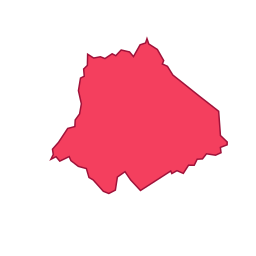 Knott, Kentucky, United States of America (Mercator projection), rotated 137°
{"feature_id": "52423323B14843567841968", "entity_name": "Knott", "entity_type": "district", "adm_level": 2, "iso_a3": "USA", "parent_name": "United States of America", "parent_adm1": "Kentucky", "projection": "mercator", "projection_center": [-82.938, 37.349], "detail": "fine", "context": "isolated", "style": "filled", "palette": "rose", "viewbox_px": 256, "rotation_deg": 137, "n_neighbors": 0, "source": "geoboundaries", "source_scale": "gbopen_adm2", "svg_char_len": 900}
<svg xmlns="http://www.w3.org/2000/svg" viewBox="0 0 256 256"><g transform="rotate(137 128 128)"><path d="M127.0,64.8L121.3,63.4L118.5,57.1L109.1,59.5L105.0,55.6L98.7,58.0L94.6,54.6L88.2,55.6L82.5,48.4L76.8,46.5L73.7,50.8L67.0,48.1L65.0,50.1L65.5,59.5L50.3,78.4L54.1,102.5L59.1,136.2L57.1,146.2L59.2,151.4L55.9,153.0L53.0,165.4L55.5,175.3L53.2,180.4L57.2,178.2L62.4,180.6L75.3,176.5L75.0,182.6L79.8,189.7L87.6,189.2L89.0,193.1L97.5,194.5L99.6,198.9L105.4,202.6L107.2,209.5L115.0,201.5L120.2,201.4L124.7,195.7L128.7,196.9L138.8,189.1L145.6,177.5L153.8,171.3L161.1,169.9L165.9,165.3L172.4,168.8L188.6,164.9L197.7,164.0L200.7,159.6L205.7,157.7L200.2,156.1L200.5,150.3L190.5,147.2L192.0,143.1L190.5,133.8L186.1,126.7L190.3,118.4L188.9,113.9L189.2,98.5L186.7,93.2L179.6,91.2L169.2,99.4L160.0,98.1L161.5,88.0L161.5,73.8L126.1,67.4L127.0,64.8Z" fill="#f43f5e" stroke="#9f1239" stroke-width="1.5"/></g></svg>